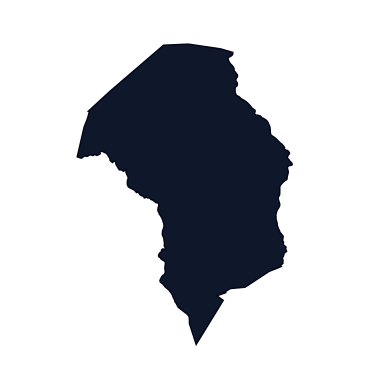 the district of San José Lachiguiri, Oaxaca, Mexico, rotated 347°
{"feature_id": "50627088B89681862537656", "entity_name": "San José Lachiguiri", "entity_type": "district", "adm_level": 2, "iso_a3": "MEX", "parent_name": "Mexico", "parent_adm1": "Oaxaca", "projection": "mercator", "projection_center": [-96.341, 16.394], "detail": "fine", "context": "isolated", "style": "filled", "palette": "ink", "viewbox_px": 384, "rotation_deg": 347, "n_neighbors": 0, "source": "geoboundaries", "source_scale": "gbopen_adm2", "svg_char_len": 5957}
<svg xmlns="http://www.w3.org/2000/svg" viewBox="0 0 384 384"><g transform="rotate(347 192 192)"><path d="M289.7,195.7L290.4,193.8L290.3,191.3L290.6,189.2L291.3,188.6L292.8,188.1L294.0,188.3L295.2,188.2L295.9,187.7L295.7,186.2L294.9,184.9L294.2,183.7L293.5,181.7L292.8,181.0L292.6,179.5L293.5,178.6L294.0,177.7L295.6,176.6L295.7,175.6L295.3,174.4L294.4,173.0L293.6,173.1L292.7,171.9L291.7,170.9L292.1,169.3L291.0,166.8L290.5,165.9L289.3,164.4L288.0,162.5L287.8,162.2L287.4,161.5L287.0,160.7L285.2,158.1L284.6,157.3L283.5,156.3L281.8,154.3L281.6,153.5L281.7,152.2L281.8,150.3L282.2,149.2L282.3,148.0L282.5,146.2L282.4,144.7L282.0,143.4L281.6,141.0L280.7,139.1L279.5,137.7L277.9,136.1L277.0,135.7L275.7,133.3L274.9,133.0L273.3,131.9L271.7,131.5L270.7,130.3L270.6,129.4L271.7,127.5L271.7,126.4L271.1,125.7L270.0,124.6L269.4,123.8L268.7,122.3L268.1,121.1L267.6,120.1L265.8,117.2L263.6,114.6L262.3,113.5L260.5,111.7L259.6,110.1L258.9,109.4L257.0,107.9L256.4,105.0L257.0,101.6L257.7,99.9L258.7,99.1L259.5,98.9L260.4,97.6L260.5,96.8L260.6,95.6L259.8,93.5L259.8,92.6L260.5,91.5L262.2,89.9L262.6,88.1L262.1,87.2L261.6,85.9L261.1,84.7L260.3,83.3L260.7,81.1L260.4,79.6L260.0,78.8L259.5,77.7L258.7,76.5L258.2,75.3L257.5,73.9L257.1,72.0L257.2,70.6L257.2,70.1L257.2,69.2L259.6,68.6L261.6,67.9L262.6,67.0L263.1,65.6L263.1,65.1L261.7,64.4L252.3,59.1L222.5,47.4L220.2,46.8L219.5,46.7L197.3,42.6L135.0,75.3L125.8,80.5L109.0,90.1L109.4,90.5L110.0,91.9L109.0,92.5L107.8,95.0L106.2,97.6L104.6,100.0L101.7,104.1L88.1,131.9L90.0,133.1L90.7,133.6L91.6,134.0L92.5,134.0L93.2,133.7L94.1,133.1L95.2,132.8L96.2,133.0L97.1,133.4L98.0,133.7L98.6,133.6L99.3,133.1L100.4,133.0L101.0,133.0L101.7,133.1L102.4,133.4L103.2,133.8L103.6,134.2L103.9,134.2L104.4,134.0L105.0,133.5L105.4,133.5L106.1,133.9L106.6,134.3L107.1,134.7L107.5,134.9L108.1,134.9L109.0,134.7L109.9,134.5L110.7,134.4L111.0,134.1L111.2,133.9L111.1,133.6L110.9,133.2L110.8,132.8L110.9,132.6L111.5,132.4L112.3,132.2L112.8,131.9L113.3,131.9L113.8,132.1L114.2,132.5L114.9,133.0L115.3,133.7L115.6,133.9L116.2,133.8L116.8,134.5L118.1,136.4L118.7,138.5L119.7,141.2L119.3,142.4L120.0,144.0L121.2,145.4L121.9,145.0L122.9,144.2L124.1,145.2L124.3,146.2L124.2,148.3L124.7,149.5L125.1,151.0L125.7,152.8L126.2,154.1L128.3,154.6L129.1,155.4L129.8,156.3L130.8,156.1L132.2,155.1L132.6,155.2L132.7,156.0L132.4,156.8L132.1,157.9L132.3,159.3L132.6,160.9L133.2,163.2L132.6,164.8L131.6,166.6L131.0,168.8L130.7,170.3L131.2,172.7L132.2,173.7L133.9,175.1L135.2,176.2L135.8,176.8L136.4,177.2L136.6,177.2L136.7,177.6L136.8,178.2L137.0,178.5L137.3,178.7L137.5,179.0L137.5,179.3L137.5,179.6L137.7,179.8L137.8,179.6L138.1,179.3L138.3,179.3L138.5,179.5L138.5,179.8L138.6,180.0L138.9,180.0L139.2,179.9L139.5,180.1L139.8,180.2L139.9,180.5L139.9,180.9L140.1,181.2L140.4,181.6L140.5,181.9L140.4,182.3L140.4,182.6L140.8,182.8L141.0,183.2L141.2,183.4L141.4,183.6L141.8,183.7L142.0,183.8L142.1,184.1L142.2,184.3L142.4,184.4L142.9,184.7L143.4,185.1L143.6,185.5L143.7,185.8L144.0,186.0L144.3,186.4L144.4,186.7L144.3,187.0L144.5,187.1L144.8,187.0L144.9,186.9L145.0,186.9L145.2,187.0L145.4,187.0L145.6,186.9L145.7,186.7L145.9,186.7L146.1,186.7L146.3,187.0L146.6,187.1L146.9,187.3L147.2,187.5L147.5,187.8L147.8,187.9L148.2,187.9L148.5,187.8L148.8,188.1L149.0,188.2L149.4,188.5L149.7,188.8L149.9,189.1L150.1,189.7L150.3,190.1L150.6,190.3L151.2,190.5L151.5,190.6L151.8,190.9L152.0,190.9L152.3,190.9L152.3,191.1L152.3,191.5L152.4,191.8L152.5,191.9L152.8,191.6L153.0,191.5L153.4,191.9L153.6,192.3L153.6,192.5L153.6,192.9L153.9,193.4L154.2,194.0L154.5,194.2L155.7,194.8L156.4,195.1L156.8,195.7L156.9,196.3L156.8,197.0L156.2,198.5L155.8,199.3L155.4,199.8L155.2,200.5L154.8,201.4L154.7,202.3L154.7,203.3L155.2,204.8L155.2,205.8L155.3,206.6L155.7,207.0L156.2,208.5L156.5,209.7L156.9,210.8L157.1,212.7L157.2,214.5L157.4,216.2L157.3,218.3L156.7,219.8L156.2,220.7L155.5,221.9L155.1,222.5L154.4,223.8L154.1,224.8L153.8,225.7L153.5,227.2L153.6,228.1L153.8,228.7L154.1,229.3L154.1,231.1L153.7,234.8L153.6,236.1L153.4,236.7L152.9,237.8L153.0,238.9L153.2,239.7L153.4,240.4L153.5,241.7L153.1,242.3L152.4,241.8L151.9,241.4L151.2,241.1L150.7,241.0L150.1,241.1L149.6,241.4L149.2,241.8L149.1,242.4L148.9,242.9L148.5,243.4L148.0,243.8L147.5,243.8L147.1,244.0L146.4,244.6L145.6,245.5L145.2,246.1L145.1,246.6L145.2,247.3L145.2,247.7L146.4,248.8L146.7,250.1L148.1,251.7L149.2,252.7L150.0,253.6L150.3,254.6L150.2,254.8L149.9,256.0L149.7,256.6L149.3,257.5L148.7,259.3L148.3,260.5L148.3,262.3L148.3,262.7L148.0,263.5L148.1,264.1L147.9,264.5L147.3,265.1L146.8,265.8L146.0,266.4L145.1,266.7L144.8,266.8L143.8,267.5L143.3,268.0L142.8,268.6L141.8,269.7L140.9,271.0L140.8,271.6L140.9,272.6L141.6,273.5L142.0,274.0L142.6,274.6L143.3,276.1L143.5,276.3L144.5,278.4L146.2,280.6L146.9,281.6L147.4,282.1L148.4,284.6L149.1,285.8L149.7,288.1L149.8,288.6L149.9,289.7L150.2,291.2L150.8,293.4L150.8,295.4L151.4,296.4L151.7,297.4L152.2,299.5L152.3,299.6L152.6,301.1L160.1,310.3L161.2,312.8L160.7,316.5L159.9,319.4L161.8,341.4L194.1,308.6L198.0,304.6L192.9,298.7L201.8,297.7L200.9,297.0L207.6,294.7L222.3,296.7L249.1,286.7L261.4,284.8L262.1,284.6L261.8,284.3L261.8,283.8L261.8,283.0L263.1,282.9L264.5,281.9L265.4,278.6L264.8,277.2L265.9,275.8L266.5,275.2L267.5,273.7L267.5,272.6L270.8,271.1L270.7,270.2L270.3,268.9L271.2,266.9L270.1,265.1L269.2,264.4L269.3,263.2L269.9,261.3L269.3,260.3L269.7,258.5L270.2,257.6L270.8,256.1L270.7,255.2L270.2,254.1L269.8,253.2L269.2,252.2L268.6,250.8L268.5,249.3L268.2,248.0L267.8,246.7L267.7,244.8L267.6,243.6L267.9,241.5L267.9,240.3L267.8,239.1L267.7,237.4L268.2,235.6L268.5,233.3L269.0,232.2L270.3,229.7L271.2,228.3L272.1,227.8L273.3,226.4L274.4,224.9L274.8,223.2L274.6,221.9L274.6,220.6L274.4,218.6L274.4,217.7L274.9,216.4L275.8,215.5L276.6,214.6L277.2,213.1L277.4,212.0L277.8,210.4L278.2,208.8L278.7,206.6L279.6,205.4L281.1,204.2L282.4,203.3L285.0,201.9L287.2,201.1L287.7,200.0L288.1,199.2L288.5,197.7L289.7,195.7Z" fill="#0f172a" stroke="#020617" stroke-width="1.5"/></g></svg>